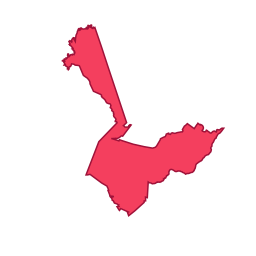 the district of Marín, Nuevo León, Mexico, rotated 293°
{"feature_id": "50627088B14710465846711", "entity_name": "Marín", "entity_type": "district", "adm_level": 2, "iso_a3": "MEX", "parent_name": "Mexico", "parent_adm1": "Nuevo León", "projection": "natural_earth1", "projection_center": [-99.927, 25.886], "detail": "fine", "context": "isolated", "style": "filled", "palette": "rose", "viewbox_px": 256, "rotation_deg": 293, "n_neighbors": 0, "source": "geoboundaries", "source_scale": "gbopen_adm2", "svg_char_len": 5695}
<svg xmlns="http://www.w3.org/2000/svg" viewBox="0 0 256 256"><g transform="rotate(293 128 128)"><path d="M165.2,216.2L164.7,214.9L164.4,214.4L163.7,213.9L162.0,213.0L161.8,212.6L161.5,211.0L161.4,210.7L160.7,210.4L159.5,210.9L158.9,210.9L158.8,210.6L159.0,209.4L158.9,208.5L158.0,207.5L157.5,207.2L156.8,207.0L156.1,206.7L155.8,206.3L155.6,205.9L155.6,205.3L155.9,204.7L156.1,203.2L156.5,202.1L156.7,201.1L156.5,200.9L156.0,200.9L155.7,201.0L155.2,200.9L154.9,200.7L154.6,200.4L154.2,199.3L154.3,199.0L154.2,197.7L154.5,197.2L154.9,197.2L156.0,197.6L157.3,197.5L158.2,197.0L158.9,196.3L159.4,195.5L159.6,194.1L159.6,193.4L159.0,193.2L159.7,190.5L158.8,190.4L158.1,190.1L153.3,189.2L155.2,180.9L152.8,179.9L151.8,179.2L150.4,179.0L147.8,178.7L146.9,179.7L145.8,179.6L144.6,177.5L144.0,176.8L143.9,176.5L142.9,175.0L141.6,173.6L141.2,172.7L140.9,170.7L140.1,169.8L138.7,169.6L138.4,167.7L139.1,167.6L139.1,167.3L137.3,165.6L137.1,165.6L136.4,165.8L134.6,165.6L133.3,164.2L130.8,162.1L129.7,162.3L126.7,161.9L122.9,161.4L121.0,160.8L119.1,158.5L117.2,150.5L115.1,139.1L114.0,127.1L113.9,124.7L112.6,124.7L112.0,118.1L111.8,116.7L112.2,117.8L112.8,119.0L113.0,119.7L113.5,120.2L113.8,121.3L114.3,122.3L115.2,123.2L115.7,123.5L116.1,123.9L118.0,124.9L118.3,125.4L118.4,125.8L118.4,126.3L132.0,129.7L132.0,128.9L131.8,128.5L130.4,127.8L129.8,127.9L129.2,127.9L128.5,126.9L128.0,125.7L127.7,124.9L127.8,124.4L128.4,123.4L128.4,122.9L132.4,124.6L178.1,84.3L192.3,71.9L207.6,58.2L207.0,57.9L206.8,57.8L206.9,57.5L207.3,56.6L207.2,56.4L206.5,56.6L205.9,56.7L205.8,56.2L206.1,55.3L206.3,55.0L206.9,54.5L207.3,54.3L207.9,54.5L208.1,54.5L208.5,54.2L208.4,53.9L208.0,53.4L207.5,53.1L207.1,53.3L206.3,54.3L206.1,54.2L206.0,53.8L206.1,53.0L206.1,52.8L206.5,52.6L206.8,52.2L206.9,51.6L206.9,51.2L206.3,51.1L204.9,52.2L204.3,52.4L203.9,52.4L203.2,51.8L203.1,51.6L203.3,51.2L204.2,51.0L204.5,50.7L204.4,50.4L204.1,50.3L203.3,50.8L203.1,50.7L202.7,50.2L202.4,49.5L201.8,48.5L201.6,48.3L201.4,47.5L201.8,45.7L201.7,45.6L201.5,45.4L201.0,45.9L200.7,46.1L200.1,46.0L199.6,45.6L199.2,45.5L199.0,45.3L199.2,44.9L200.0,45.0L200.3,44.9L200.5,44.4L200.4,44.0L200.2,43.8L199.9,43.7L199.0,43.6L198.3,44.1L198.1,43.8L197.4,43.6L195.8,44.0L194.1,44.0L193.3,43.9L190.1,44.7L187.0,45.7L188.7,43.4L190.0,43.4L189.8,42.4L188.3,41.9L187.5,41.8L185.8,41.9L185.8,42.5L185.1,42.6L185.7,40.4L184.6,39.8L183.0,41.6L182.0,41.3L182.0,42.0L181.4,42.2L181.5,42.9L179.9,46.2L179.0,45.6L178.9,46.7L178.2,47.1L178.3,48.0L177.9,48.5L177.6,48.3L177.1,48.6L177.3,49.1L176.9,49.4L176.3,49.3L176.2,49.7L174.4,49.6L174.5,48.6L174.3,48.2L173.4,48.1L173.5,47.1L172.9,46.5L172.2,46.6L171.4,45.6L172.9,44.3L172.5,43.6L171.0,44.1L170.9,45.3L170.6,45.8L169.7,44.8L168.8,44.7L168.3,43.7L167.8,44.2L167.2,44.0L166.8,42.6L166.5,42.4L165.7,43.2L165.4,43.1L165.1,41.8L164.2,41.4L164.1,42.5L163.8,43.2L164.0,43.6L163.3,43.4L162.1,45.2L161.8,44.7L161.0,44.6L161.6,45.7L160.8,46.3L160.5,48.6L158.7,49.1L158.9,49.9L158.4,50.3L159.4,50.7L160.7,50.0L161.7,50.3L161.9,50.9L163.0,51.2L165.0,51.0L165.6,53.5L165.2,54.7L166.0,57.3L166.3,58.9L161.3,64.0L158.9,66.5L158.0,71.1L156.6,73.7L155.8,74.6L155.2,75.1L153.8,75.8L151.9,77.9L148.3,81.9L148.2,89.3L148.3,89.5L148.2,90.0L147.9,90.8L147.0,91.0L146.6,91.6L146.6,91.8L146.0,92.3L145.8,93.6L144.9,95.9L144.2,96.7L143.2,98.0L142.9,98.5L142.8,100.5L143.2,101.7L143.0,102.4L142.6,102.9L142.4,103.0L142.0,103.5L141.7,103.5L141.0,103.6L139.8,103.7L139.6,104.7L139.3,105.0L139.1,105.6L138.9,105.9L138.1,106.2L137.6,106.3L137.4,107.4L137.0,108.4L136.5,108.5L136.1,108.8L136.0,109.0L135.6,109.0L135.4,109.1L135.2,109.6L134.5,109.7L134.1,109.7L132.9,110.6L132.7,111.3L132.3,111.8L132.0,112.8L131.7,113.1L130.9,113.7L129.7,113.5L128.9,113.7L128.9,114.0L129.3,115.1L128.5,115.9L104.0,106.5L68.4,107.7L68.9,108.9L70.5,111.2L67.1,125.2L66.3,131.4L65.4,132.2L64.9,132.9L63.1,134.5L62.7,134.0L59.5,137.1L58.2,138.0L59.1,140.2L59.3,141.0L59.0,141.3L57.3,139.5L57.0,140.4L56.1,141.2L55.3,141.7L55.3,142.9L55.1,143.1L54.9,143.5L54.7,143.5L53.6,144.8L53.8,148.0L53.5,148.7L53.5,149.0L53.3,148.8L52.4,150.2L51.3,148.6L49.1,151.7L48.8,152.4L51.0,152.8L50.8,161.0L50.2,160.4L47.5,162.9L54.3,166.6L65.3,171.7L65.8,171.9L67.2,171.4L67.8,172.7L68.3,172.5L71.2,171.1L71.4,173.0L86.2,167.7L85.9,168.9L86.3,170.4L86.3,171.2L86.1,172.0L86.2,172.3L86.6,172.9L87.1,173.9L87.7,174.7L88.4,175.2L89.7,176.0L89.6,176.5L89.9,176.8L90.4,177.8L90.5,178.6L90.9,178.8L91.5,179.6L92.3,180.0L93.0,180.8L93.7,181.1L94.5,180.8L94.4,181.0L94.8,181.2L96.4,181.3L96.5,181.5L96.4,181.9L96.8,182.2L97.2,182.1L98.4,182.3L98.6,182.3L98.9,182.1L99.1,182.1L99.5,182.5L99.8,182.7L99.9,183.0L100.4,183.0L101.2,183.6L101.7,183.6L102.5,183.3L103.6,182.7L104.5,182.8L105.3,182.8L106.3,183.2L106.8,184.1L107.0,184.6L106.9,186.6L106.5,188.1L106.5,188.7L107.0,189.9L108.0,190.8L108.2,191.5L108.3,191.9L108.7,192.7L108.7,193.2L108.6,193.5L108.6,194.2L108.8,194.7L108.5,195.7L108.5,197.7L108.2,198.5L108.0,199.0L108.2,199.3L109.0,199.8L109.2,200.3L109.4,200.6L109.7,201.3L109.9,201.7L111.8,203.6L112.2,204.4L113.7,205.3L114.5,205.2L114.6,205.4L115.1,205.5L116.1,205.4L116.8,205.6L118.8,205.3L120.3,204.9L121.7,205.0L123.1,205.9L123.9,206.2L125.1,207.2L125.8,207.5L126.2,208.1L127.8,208.8L128.3,208.7L129.1,208.9L129.6,208.9L130.4,209.5L132.4,209.9L133.9,211.0L134.3,211.6L134.6,211.8L135.0,212.5L136.1,212.7L136.4,212.9L137.1,213.0L138.4,213.5L139.5,213.4L140.8,213.1L141.2,212.8L141.6,212.1L142.4,211.9L143.4,212.1L143.6,212.3L144.2,212.3L145.5,211.7L147.0,211.7L148.4,212.1L150.7,212.1L151.4,212.2L152.6,212.5L153.2,213.1L154.7,212.8L155.7,213.1L156.5,213.1L157.3,213.2L158.1,213.6L159.1,214.5L161.4,215.3L165.2,216.2Z" fill="#f43f5e" stroke="#9f1239" stroke-width="1.5"/></g></svg>